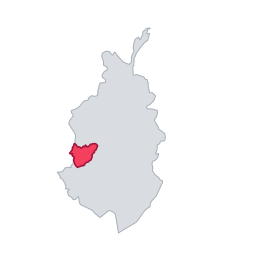 Afghanistan, with Badghis highlighted, rotated 311°
{"feature_id": "AFG-1741", "entity_name": "Badghis", "entity_type": "Province", "adm_level": 1, "iso_a3": "AFG", "parent_name": "Afghanistan", "parent_adm1": "", "projection": "mercator", "projection_center": [63.837, 35.271], "detail": "fine", "context": "in_parent", "style": "filled", "palette": "rose", "viewbox_px": 256, "rotation_deg": 311, "n_neighbors": 0, "source": "natural_earth", "source_scale": "10m", "svg_char_len": 5759}
<svg xmlns="http://www.w3.org/2000/svg" viewBox="0 0 256 256"><g transform="rotate(311 128 128)"><path d="M112.8,77.3L117.3,76.9L120.3,77.4L121.8,79.0L123.4,79.4L124.9,78.6L125.9,78.5L126.2,79.0L127.0,79.2L128.1,79.1L128.8,79.6L129.0,80.5L129.8,81.7L131.4,83.1L132.7,83.5L134.5,82.3L135.1,82.5L135.4,82.1L135.6,81.3L136.7,80.5L138.7,79.8L139.8,79.2L140.2,78.6L140.9,78.5L141.6,78.6L142.2,78.4L142.6,77.7L143.3,77.5L143.9,77.6L146.6,80.2L147.7,81.0L148.2,80.9L149.5,79.4L149.7,78.1L149.3,76.4L149.6,75.1L150.5,74.0L152.2,73.4L154.6,73.1L156.1,73.3L156.7,73.8L157.4,74.1L158.3,74.2L159.2,73.5L160.0,72.3L160.0,70.7L159.3,68.8L159.5,68.2L160.8,67.2L162.1,65.8L163.3,63.9L164.5,61.6L166.0,60.2L167.8,59.7L170.0,60.3L172.5,62.1L173.5,64.3L172.9,66.8L172.8,68.2L173.3,68.5L176.2,68.0L176.6,68.4L176.6,69.1L176.1,70.2L175.6,73.2L174.7,80.7L175.9,85.1L176.8,86.9L177.6,87.4L178.5,87.6L179.3,87.5L181.1,86.3L183.7,84.2L186.3,83.0L190.0,82.2L191.2,80.0L193.0,78.5L196.9,76.3L199.1,75.4L200.3,75.3L203.3,76.1L203.4,76.8L203.2,77.5L202.4,78.1L202.1,78.6L202.4,78.9L203.6,79.1L208.8,77.5L210.0,76.2L211.1,76.1L213.3,76.7L215.0,76.5L215.9,77.1L217.9,79.1L217.2,79.2L216.3,78.8L215.8,78.1L213.7,79.0L211.4,80.2L211.5,80.5L213.5,82.3L209.2,84.3L207.2,85.4L206.8,85.4L203.9,84.4L195.7,84.7L189.6,85.3L187.2,86.3L184.9,86.8L183.8,87.3L183.0,88.4L179.6,90.7L179.0,91.5L177.1,91.5L175.1,93.7L172.2,96.3L171.6,97.6L172.1,98.2L173.6,99.2L174.3,100.1L175.4,102.6L175.8,104.4L176.5,105.2L176.8,107.3L176.1,108.5L176.1,109.1L177.1,110.7L176.8,111.2L176.1,112.0L175.0,114.0L173.0,115.6L172.1,116.9L170.7,118.4L170.1,119.6L169.5,120.3L168.9,120.7L169.1,121.3L169.6,122.2L170.5,123.1L170.5,126.9L170.0,127.9L167.4,129.0L165.0,129.4L162.0,129.4L160.9,129.3L156.8,127.9L155.5,128.6L155.2,130.2L157.6,132.9L158.5,134.4L159.6,136.9L160.4,138.1L160.1,139.3L155.8,142.0L153.1,142.2L151.5,142.7L150.6,143.3L150.0,146.1L149.4,147.1L149.4,148.4L148.9,149.7L148.0,150.6L147.4,152.0L147.9,159.4L145.4,162.3L144.0,163.3L142.7,163.8L141.6,163.6L140.3,162.0L139.3,161.3L138.4,161.5L137.4,162.0L135.9,161.9L134.6,161.3L133.9,161.3L133.5,161.9L132.1,163.2L128.6,165.1L127.2,165.2L126.6,165.7L126.9,166.5L127.5,167.1L128.6,167.5L128.6,168.1L126.9,169.0L125.1,169.7L123.0,169.9L120.9,169.5L119.8,168.7L118.5,168.6L117.3,169.2L116.1,170.2L114.4,172.8L111.9,174.4L111.3,175.9L110.5,178.8L110.7,182.9L110.4,184.8L109.9,186.0L110.0,186.9L110.8,188.0L110.5,188.7L109.8,189.5L109.1,189.9L95.6,193.9L93.4,194.0L92.3,193.8L88.5,193.8L86.9,194.1L85.3,194.6L84.1,195.3L83.2,196.3L81.6,195.7L76.6,194.8L63.0,196.1L61.7,195.8L42.6,189.6L54.3,175.5L54.7,174.3L54.7,172.0L54.0,168.9L52.8,167.5L42.3,165.8L41.9,163.4L42.1,162.3L41.9,160.2L41.9,158.6L42.4,156.0L42.4,154.8L39.1,142.8L39.1,141.6L41.0,138.8L43.5,136.1L43.4,135.6L42.1,135.3L40.2,135.3L39.2,134.9L38.4,134.1L38.1,133.0L38.6,131.1L38.1,127.3L40.1,124.0L43.2,123.9L41.6,121.5L41.2,121.3L41.1,120.9L41.3,120.5L42.1,120.3L43.9,118.8L44.0,117.9L45.5,115.7L45.4,114.7L46.4,112.1L45.9,110.3L45.8,109.4L46.9,108.8L47.6,106.3L48.0,105.7L48.1,105.1L47.8,104.1L48.8,103.9L49.8,105.2L51.3,106.5L52.3,106.9L53.5,107.1L56.2,106.7L56.8,106.8L59.7,109.1L60.2,109.7L60.4,110.7L60.9,110.9L61.8,110.0L62.8,109.7L64.6,110.0L65.6,109.6L70.2,106.7L70.5,104.9L71.0,103.8L71.6,103.2L70.8,101.0L71.1,100.6L71.7,100.4L73.3,100.4L80.3,98.0L82.1,98.0L82.5,97.8L82.6,97.2L83.1,96.5L86.4,94.7L88.3,92.9L89.0,91.6L92.2,80.6L93.8,79.7L95.6,79.0L101.4,78.8L102.5,75.4L103.0,74.5L104.0,73.8L108.3,76.2L112.8,77.3Z" fill="#d9dde1" stroke="#a8b0b8" stroke-width="1"/><path d="M73.8,100.4L74.9,100.2L75.9,99.7L76.1,99.6L76.4,99.1L76.5,99.0L76.8,98.8L77.0,98.8L78.5,98.7L79.1,98.6L80.2,97.9L80.6,97.8L80.8,97.7L81.2,97.9L81.3,98.4L81.3,99.1L81.3,99.7L81.1,100.7L80.9,101.0L80.9,101.3L80.9,101.6L80.7,102.0L80.6,102.3L80.6,102.5L80.8,102.7L81.1,102.8L81.3,103.0L81.5,103.2L81.7,103.4L81.8,103.7L81.9,104.0L82.0,104.2L82.0,105.3L82.0,105.6L82.0,105.8L82.1,106.0L82.3,106.1L84.3,106.2L85.1,106.4L85.1,106.5L85.2,106.8L85.1,107.0L85.6,107.4L85.7,107.5L85.8,107.5L86.0,107.4L86.6,107.2L87.2,107.2L87.3,107.3L87.3,107.6L87.2,107.9L87.1,108.4L87.1,108.6L87.1,108.8L87.0,109.4L87.0,109.6L87.1,109.8L88.4,110.3L89.6,110.5L89.9,110.5L90.2,110.4L90.7,110.4L90.9,110.3L91.1,110.3L91.3,110.8L91.5,111.0L92.0,111.3L92.5,111.4L92.8,111.5L93.1,111.8L93.4,112.3L93.5,112.4L94.3,112.9L94.4,113.1L94.5,113.3L94.6,113.5L94.7,113.8L94.9,114.1L95.0,114.3L95.0,114.5L94.9,115.1L94.9,115.3L94.9,115.7L94.9,115.8L94.8,116.2L94.8,116.4L94.6,116.7L94.5,116.8L94.4,116.9L94.0,117.1L91.8,117.7L91.0,118.1L90.8,118.2L90.7,118.2L90.4,118.1L90.1,118.0L88.6,117.9L88.3,118.0L88.2,118.1L88.0,118.3L87.9,118.5L86.5,118.6L86.4,118.6L86.1,118.5L86.0,118.4L85.8,118.4L84.6,118.4L84.3,118.5L84.2,118.5L83.8,118.8L83.7,118.9L83.6,119.0L83.6,119.3L83.4,119.4L83.1,119.5L82.1,120.2L79.5,121.0L79.3,121.0L79.2,121.0L79.0,120.8L78.9,120.7L78.6,120.5L77.6,120.3L77.4,120.4L77.2,120.4L76.4,120.3L76.1,120.2L75.6,119.9L75.3,119.6L74.9,119.4L74.0,119.1L72.9,119.0L72.5,118.9L72.4,119.0L71.9,119.4L71.7,119.5L70.9,119.1L70.5,119.0L70.1,118.9L69.9,118.9L69.9,118.5L69.8,118.2L69.7,118.1L69.5,117.8L69.4,117.7L69.1,117.7L68.7,117.7L68.4,117.6L68.2,117.5L68.1,117.4L67.9,117.2L67.5,117.1L67.4,117.0L67.2,117.0L66.9,116.7L66.5,116.3L66.4,116.2L66.2,116.2L65.4,116.0L65.4,115.9L65.2,115.5L65.2,115.3L65.1,115.2L65.3,113.4L65.4,112.9L65.6,112.1L65.7,111.8L66.8,110.1L67.3,108.7L68.5,107.6L69.3,107.2L69.6,107.1L70.1,107.1L70.3,107.0L70.5,106.9L70.6,106.6L70.6,106.0L70.7,105.5L70.7,105.4L70.5,105.2L70.4,104.2L70.8,103.7L71.7,103.3L72.1,103.1L72.2,102.9L71.8,102.6L71.7,102.6L71.5,102.3L70.9,101.8L70.8,101.6L70.8,101.3L70.6,101.1L70.5,100.9L70.6,100.6L70.8,100.4L71.1,100.4L73.8,100.4Z" fill="#f43f5e" stroke="#9f1239" stroke-width="1.5"/></g></svg>